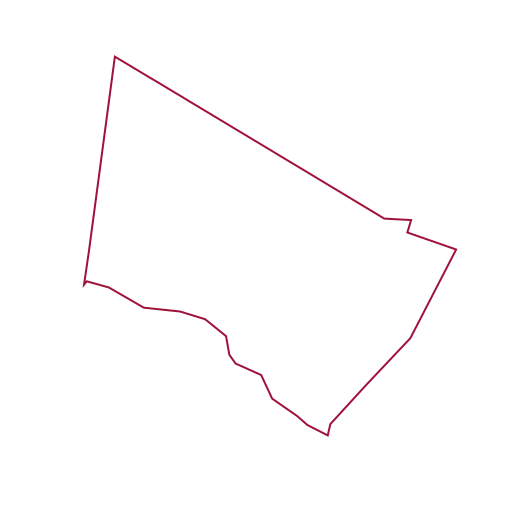 outline of Columbia, New York, United States of America, rotated 286°
{"feature_id": "52423323B79096114646112", "entity_name": "Columbia", "entity_type": "district", "adm_level": 2, "iso_a3": "USA", "parent_name": "United States of America", "parent_adm1": "New York", "projection": "albers", "projection_center": [-73.71, 42.244], "detail": "fine", "context": "isolated", "style": "outline", "palette": "rose", "viewbox_px": 512, "rotation_deg": 286, "n_neighbors": 0, "source": "geoboundaries", "source_scale": "gbopen_adm2", "svg_char_len": 474}
<svg xmlns="http://www.w3.org/2000/svg" viewBox="0 0 512 512"><g transform="rotate(286 256 256)"><path d="M408.7,65.4L215.8,93.9L181.1,98.6L185.0,100.3L185.2,123.1L175.4,162.4L181.7,198.3L181.2,224.5L170.7,249.3L153.7,257.6L147.0,266.0L143.0,293.8L123.3,310.9L113.5,339.7L107.7,352.0L103.3,374.4L114.9,373.8L162.3,397.4L219.5,427.0L317.4,446.6L320.3,395.0L333.3,395.2L327.3,369.0L344.2,306.2L392.6,125.9L408.7,65.4Z" fill="none" stroke="#9f1239" stroke-width="2"/></g></svg>